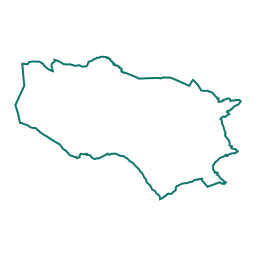 Cacica, Suceava, Romania (Natural Earth projection)
{"feature_id": "2599482B8508193610540", "entity_name": "Cacica", "entity_type": "district", "adm_level": 2, "iso_a3": "ROU", "parent_name": "Romania", "parent_adm1": "Suceava", "projection": "natural_earth1", "projection_center": [25.884, 47.647], "detail": "fine", "context": "isolated", "style": "outline", "palette": "teal", "viewbox_px": 256, "rotation_deg": 0, "n_neighbors": 0, "source": "geoboundaries", "source_scale": "gbopen_adm2", "svg_char_len": 5748}
<svg xmlns="http://www.w3.org/2000/svg" viewBox="0 0 256 256"><path d="M240.6,101.0L239.3,100.2L238.6,99.9L238.5,100.0L236.6,100.1L235.7,99.8L234.3,100.5L230.8,100.8L230.2,100.7L230.3,100.2L230.3,99.9L230.2,99.7L229.6,98.9L228.3,98.4L227.8,98.4L226.0,99.2L224.6,99.6L223.3,99.8L223.3,100.5L222.7,100.9L222.3,101.2L221.5,101.4L220.9,101.7L219.6,101.6L218.6,101.9L218.5,101.0L218.5,99.0L218.5,98.4L217.2,98.5L216.9,97.5L216.2,96.9L215.3,96.1L213.1,93.4L211.5,92.2L210.6,91.9L208.8,91.5L208.4,91.3L208.0,90.8L204.8,90.8L203.4,90.9L201.6,90.5L201.0,90.2L200.6,89.5L199.9,88.0L199.5,87.7L199.3,87.4L199.1,86.9L198.5,86.0L197.8,84.7L196.1,83.1L194.8,81.5L193.5,80.3L192.8,80.0L192.5,80.4L189.3,85.8L186.1,84.5L185.0,83.8L183.2,83.1L177.5,80.6L171.2,77.9L169.9,77.6L163.9,77.5L162.3,77.7L161.5,78.2L160.1,78.4L158.6,78.0L156.5,78.0L144.6,78.3L144.4,78.4L141.6,78.5L141.2,78.7L140.5,78.6L138.6,78.5L138.2,78.2L137.6,78.1L136.9,77.5L136.1,77.2L125.9,73.0L125.1,72.7L124.3,72.9L123.9,72.8L123.6,72.3L123.2,72.2L121.7,71.8L121.6,71.6L121.8,71.0L121.2,70.5L121.5,69.9L121.6,68.8L120.4,68.3L120.5,68.2L118.8,67.1L119.1,66.7L117.4,65.6L117.0,65.7L116.4,65.7L115.8,65.5L115.6,65.0L114.9,65.1L113.7,64.9L113.5,64.6L113.6,64.2L114.1,63.5L113.7,63.3L113.2,62.8L112.9,62.9L112.7,62.9L112.5,62.7L112.4,62.4L111.8,61.6L111.8,61.1L111.2,60.8L110.7,60.8L110.6,60.7L110.6,60.4L110.4,59.7L109.9,59.5L110.1,59.2L110.0,58.9L109.3,58.6L108.9,58.2L108.2,58.0L107.4,58.1L107.6,57.7L107.1,57.7L106.6,57.2L105.8,57.0L104.2,56.9L103.8,56.8L101.5,56.8L100.3,57.0L99.5,57.5L98.5,57.7L97.9,57.8L96.8,57.7L96.0,58.5L95.0,59.1L94.1,59.2L93.0,59.9L91.5,61.0L90.2,61.4L88.8,61.6L88.7,61.8L86.9,66.0L86.5,66.4L83.8,66.5L82.8,66.7L81.6,66.4L80.2,65.6L79.8,65.4L79.4,65.4L78.9,65.2L78.5,65.3L77.6,65.4L77.0,65.7L75.6,65.7L74.6,65.8L73.7,65.5L72.9,65.0L72.1,65.0L70.6,64.5L70.2,64.2L68.1,64.5L63.5,64.1L62.1,63.1L58.1,61.0L54.5,59.7L54.7,61.0L54.5,61.8L52.1,63.3L51.8,64.7L51.5,65.4L51.6,67.2L52.9,71.2L52.1,71.0L49.8,70.0L47.7,68.7L45.7,67.1L44.2,65.7L42.9,63.7L40.1,62.1L38.7,61.5L37.4,61.7L35.6,61.7L32.9,61.5L29.3,62.0L27.9,63.9L27.4,64.2L22.3,63.8L23.6,79.0L24.3,85.7L15.4,105.0L18.1,113.9L20.0,122.9L20.7,122.8L22.7,123.5L25.2,124.5L26.4,124.7L28.2,125.7L28.8,126.2L29.6,126.7L32.2,127.9L34.4,128.1L34.6,128.0L35.1,128.0L35.8,128.2L36.5,128.7L36.6,129.1L37.8,130.2L39.7,131.5L39.8,131.7L39.9,132.2L44.7,135.3L46.5,136.2L50.1,138.7L56.0,142.3L59.8,144.5L61.7,147.0L62.5,148.3L63.2,149.2L65.3,150.1L65.9,150.7L66.0,151.1L68.2,153.1L68.8,154.2L70.5,155.6L71.2,155.8L71.7,155.7L72.3,155.9L72.7,156.2L73.3,156.5L74.4,156.8L76.3,157.0L77.0,158.2L77.7,157.7L78.7,157.7L79.7,157.2L79.6,156.2L80.2,154.7L80.6,153.9L84.7,154.4L85.3,154.3L85.4,154.0L86.1,154.0L86.4,153.8L87.1,153.9L87.0,155.0L90.0,155.3L91.2,156.5L91.9,157.6L92.7,158.2L93.3,158.5L94.3,158.7L94.6,159.1L94.8,159.2L95.0,159.1L95.1,158.8L96.0,158.7L96.7,158.3L97.3,158.4L97.9,158.3L98.8,158.4L99.4,158.0L104.2,155.7L107.6,153.6L108.4,154.6L109.5,154.8L109.9,154.7L110.3,154.2L110.8,153.9L115.9,153.6L116.5,154.3L117.1,154.5L118.6,154.7L118.7,155.1L119.1,155.4L120.1,155.7L122.4,156.1L123.9,156.2L124.2,156.7L124.7,157.2L125.0,157.4L126.2,157.8L128.2,159.4L129.2,160.6L130.0,161.2L132.1,162.4L132.7,162.8L134.7,165.2L139.1,169.4L139.6,170.7L139.9,171.2L140.6,171.9L141.8,172.9L142.3,173.5L143.4,175.5L143.9,176.9L144.3,177.6L145.8,179.2L146.1,179.8L146.2,180.8L146.7,182.3L149.9,185.2L151.2,187.1L151.7,188.6L152.1,189.5L152.4,189.8L154.1,190.4L154.7,190.8L155.1,191.2L156.0,192.8L156.7,193.7L157.7,194.3L159.3,195.7L159.7,196.4L160.1,199.2L162.3,198.1L165.2,195.9L165.7,195.8L166.3,195.1L166.7,194.9L166.8,194.7L167.1,194.2L167.6,194.0L167.8,193.8L168.6,193.6L170.4,194.0L171.5,193.7L172.1,193.4L172.3,192.9L172.6,192.5L173.3,191.9L173.8,191.8L174.1,191.4L174.5,191.1L174.6,190.9L175.6,190.3L175.7,190.0L175.9,189.1L175.8,187.9L175.9,187.3L176.3,186.8L176.6,186.3L177.2,185.9L178.4,185.5L181.5,184.0L183.2,183.5L183.8,183.3L187.0,183.1L187.6,183.0L189.5,182.2L190.6,181.8L192.2,181.7L192.7,181.4L194.1,180.3L195.8,179.6L196.1,179.5L196.8,179.7L197.7,179.5L198.6,179.6L199.1,179.0L199.5,178.9L200.6,179.1L202.0,178.7L202.1,179.1L202.1,179.5L201.9,179.8L202.1,180.4L202.3,180.8L205.4,184.2L206.1,185.3L206.5,185.7L206.8,185.8L207.6,186.8L219.9,182.2L220.8,183.0L221.7,183.7L223.2,183.2L224.0,184.2L224.6,183.8L225.8,182.4L224.6,181.7L220.5,178.2L219.9,177.8L218.9,176.0L218.7,175.9L217.6,174.2L217.4,174.1L217.2,174.2L217.7,172.9L215.1,172.0L215.2,172.6L214.8,172.8L214.6,171.5L214.2,170.8L213.5,170.1L213.0,169.2L213.2,168.6L213.1,167.2L213.1,165.7L213.3,165.0L213.8,164.5L214.6,163.6L214.8,163.1L215.0,162.3L215.5,161.9L216.2,161.5L217.5,160.5L218.8,158.9L221.2,157.3L223.7,156.7L224.6,155.8L225.1,155.5L225.9,154.7L226.5,154.8L226.6,155.2L226.7,156.1L227.0,156.2L227.6,155.8L228.6,154.5L231.7,153.4L233.4,153.2L234.3,153.4L235.6,152.7L236.1,152.7L236.3,152.4L237.8,151.3L237.7,151.1L237.0,150.7L235.9,149.6L235.5,149.3L235.0,149.1L234.0,149.1L233.0,148.6L231.9,148.5L231.2,148.1L231.1,147.9L231.9,146.2L229.6,145.5L229.6,144.9L229.6,142.7L229.2,141.4L229.1,140.7L228.4,140.1L227.5,138.8L227.5,138.5L227.2,138.2L226.6,137.6L225.7,136.5L225.4,136.3L225.2,136.0L225.1,135.3L225.2,134.3L225.7,133.9L225.4,132.9L224.0,128.8L223.2,125.9L222.5,124.4L222.0,123.3L221.9,121.7L221.6,120.0L220.9,119.6L220.4,118.9L222.0,117.3L222.9,116.7L223.8,116.5L225.2,117.0L227.8,114.6L229.3,114.3L229.3,114.2L229.2,114.0L229.0,113.8L228.1,112.6L227.8,112.3L226.9,111.9L227.2,111.2L228.4,110.9L228.4,111.0L229.1,110.7L229.5,110.7L231.1,109.6L230.9,109.4L231.8,108.9L232.4,108.1L232.8,108.0L233.8,106.8L234.5,106.1L235.9,105.6L237.8,104.8L239.2,103.6L239.5,102.9L240.2,102.2L240.5,101.5L240.6,101.0Z" fill="none" stroke="#0f766e" stroke-width="2"/></svg>